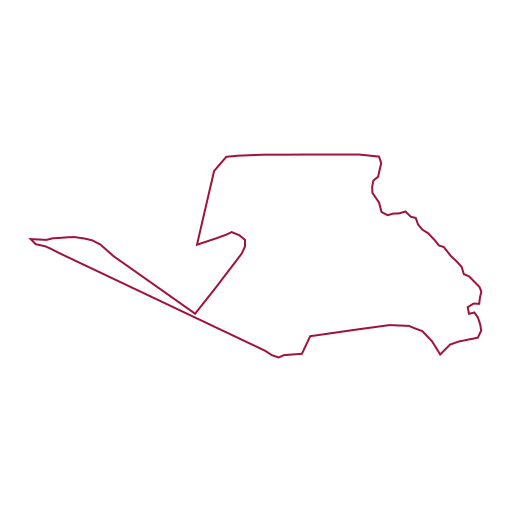 the district of Paranatama, Pernambuco, Brazil
{"feature_id": "56859067B22250448263052", "entity_name": "Paranatama", "entity_type": "district", "adm_level": 2, "iso_a3": "BRA", "parent_name": "Brazil", "parent_adm1": "Pernambuco", "projection": "mercator", "projection_center": [-36.705, -8.893], "detail": "fine", "context": "isolated", "style": "outline", "palette": "rose", "viewbox_px": 512, "rotation_deg": 0, "n_neighbors": 0, "source": "geoboundaries", "source_scale": "gbopen_adm2", "svg_char_len": 1218}
<svg xmlns="http://www.w3.org/2000/svg" viewBox="0 0 512 512"><path d="M50.5,248.6L58.6,252.8L264.8,350.6L271.8,355.1L278.6,357.5L284.0,355.1L301.9,353.8L304.0,349.3L310.2,336.2L356.3,329.6L389.3,325.1L394.6,325.3L409.0,325.9L414.7,328.3L422.3,331.1L432.1,341.4L440.2,354.5L450.0,344.6L459.1,341.4L477.8,337.7L481.2,330.6L480.2,324.4L478.0,317.7L474.4,312.5L469.0,313.8L467.7,307.2L473.5,303.6L479.2,303.8L479.9,297.9L481.3,291.5L479.5,287.0L473.2,280.6L469.2,276.4L463.8,274.1L461.7,267.0L456.8,261.5L451.0,256.2L443.8,247.0L438.9,245.5L435.2,240.7L428.2,233.3L422.3,229.6L418.0,224.4L415.8,218.0L410.8,216.7L405.4,211.5L399.1,213.4L393.1,213.6L387.6,215.2L381.5,212.0L379.1,202.6L372.4,192.8L372.2,186.6L373.4,180.5L378.1,176.7L379.6,170.0L381.2,163.1L379.0,156.6L358.9,154.5L348.5,154.5L311.5,154.5L282.0,154.7L263.2,154.7L238.0,155.7L226.3,156.8L214.1,171.0L205.8,206.6L202.4,221.3L197.0,244.7L216.3,238.3L226.4,234.6L231.6,232.1L239.3,235.2L245.0,239.9L245.0,246.5L241.7,253.6L215.0,288.6L195.1,313.7L123.7,263.3L113.9,256.5L100.6,244.7L92.4,240.4L84.8,238.6L74.9,237.1L67.4,237.3L60.9,237.8L52.8,238.3L46.3,239.9L30.7,239.1L35.7,244.2L45.0,246.2L50.5,248.6Z" fill="none" stroke="#9f1239" stroke-width="2"/></svg>